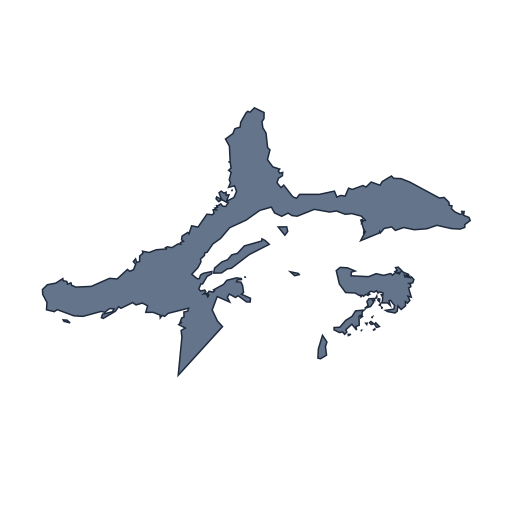 Quezon, Quezon, Philippines, rotated 110°
{"feature_id": "2640588B64856500371355", "entity_name": "Quezon", "entity_type": "district", "adm_level": 2, "iso_a3": "PHL", "parent_name": "Philippines", "parent_adm1": "Quezon", "projection": "orthographic", "projection_center": [122.074, 14.189], "detail": "fine", "context": "isolated", "style": "filled", "palette": "slate", "viewbox_px": 512, "rotation_deg": 110, "n_neighbors": 0, "source": "geoboundaries", "source_scale": "gbopen_adm2", "svg_char_len": 6170}
<svg xmlns="http://www.w3.org/2000/svg" viewBox="0 0 512 512"><g transform="rotate(110 256 256)"><path d="M138.8,103.5L133.9,137.0L133.7,146.3L135.9,153.2L134.5,156.1L142.8,162.8L147.1,163.7L147.1,173.1L153.6,176.2L153.2,179.6L160.5,188.3L160.6,192.2L169.2,192.7L170.1,197.1L173.0,200.2L168.2,204.5L176.4,217.5L183.2,236.2L187.9,237.6L187.8,241.6L179.9,254.2L183.2,255.9L180.0,261.3L175.4,261.5L171.6,258.7L168.3,259.5L170.1,262.0L168.4,264.1L166.2,263.4L166.5,270.7L161.5,278.2L151.4,279.2L150.3,282.1L137.1,288.6L133.2,293.4L127.8,296.3L124.1,295.5L118.4,297.5L117.3,308.2L123.0,310.8L122.8,313.2L124.8,314.3L135.6,316.1L140.3,315.0L143.6,319.4L148.9,319.6L156.5,324.7L161.8,318.6L176.3,312.5L177.0,314.2L176.6,312.3L182.0,309.5L184.8,311.1L185.9,308.0L193.6,307.2L195.9,305.0L200.9,305.3L197.4,300.2L201.9,296.4L208.5,296.7L214.5,302.2L215.5,300.3L219.8,301.4L220.6,304.3L219.0,306.9L222.5,309.5L221.9,310.9L223.4,308.9L225.1,311.1L226.2,309.0L227.2,312.1L230.2,310.1L232.2,311.2L233.5,316.4L248.7,320.4L249.6,326.8L258.1,326.6L257.2,328.2L262.6,332.3L266.3,331.5L266.9,329.2L269.3,331.6L270.7,330.6L271.2,333.3L276.9,337.9L277.7,342.5L279.1,343.9L279.6,342.8L280.0,342.6L284.2,351.8L289.3,357.7L290.3,364.3L292.0,363.2L295.8,365.3L300.9,363.5L302.9,365.9L299.9,368.2L303.2,369.4L304.9,366.3L310.7,366.4L313.6,369.5L312.6,372.2L325.0,378.6L327.1,386.0L340.9,400.4L346.8,414.6L346.6,419.2L344.5,420.7L346.9,423.5L344.6,425.1L345.2,428.8L343.3,429.8L350.0,434.9L354.3,442.2L360.5,445.2L365.0,443.3L371.2,436.5L378.2,434.5L377.3,426.5L374.4,424.5L374.5,406.7L371.9,397.9L361.0,382.5L360.6,378.9L355.5,375.6L354.2,371.4L357.4,371.8L363.2,380.3L366.8,380.2L366.9,378.2L355.9,369.2L350.7,367.8L351.3,365.0L342.0,356.0L343.0,352.0L339.1,346.7L339.9,340.8L346.7,340.3L344.1,333.4L344.3,326.0L346.9,324.8L343.9,323.9L344.0,321.2L339.9,318.9L328.1,301.5L331.2,301.3L333.3,304.6L337.9,302.8L339.7,304.7L344.2,304.6L343.8,304.0L344.0,303.3L346.9,305.2L347.9,297.8L351.6,300.9L357.5,297.9L394.7,288.3L333.8,263.3L330.3,270.0L321.7,278.7L307.4,278.6L308.3,264.9L304.6,268.8L300.9,268.1L302.0,261.1L299.4,259.2L302.4,249.2L301.2,245.7L297.6,246.7L296.9,256.7L294.6,255.2L288.3,258.5L285.7,261.2L286.9,265.5L284.8,265.3L283.4,261.9L282.7,261.6L282.2,262.2L283.2,266.9L288.8,275.1L293.8,276.8L302.4,284.4L302.9,283.0L304.6,283.9L305.1,288.0L308.1,288.9L308.7,287.0L310.9,287.3L308.4,290.0L309.7,292.3L307.0,290.8L305.5,292.5L307.9,296.1L306.5,298.5L301.2,298.3L300.5,296.6L291.9,295.0L288.0,291.6L285.6,292.1L290.3,299.6L292.8,301.6L296.6,301.5L297.5,303.3L295.1,310.1L286.9,306.6L280.4,305.7L277.9,307.1L273.1,304.6L270.7,305.3L269.2,303.2L259.5,300.7L251.6,295.3L238.4,290.4L225.7,277.6L211.9,268.1L204.8,258.3L209.2,253.3L209.9,245.4L204.7,240.5L205.7,236.1L204.5,230.9L192.2,217.1L189.5,201.8L186.2,195.8L186.3,186.4L183.4,180.5L182.5,170.8L185.4,164.6L184.8,166.3L188.5,168.1L185.4,168.6L186.4,169.8L194.6,163.6L193.9,162.9L195.0,163.3L197.0,162.9L197.8,162.6L198.1,162.3L195.8,162.7L195.8,161.6L205.8,162.9L192.3,148.1L190.7,148.1L191.8,147.1L186.2,144.9L182.3,138.4L184.3,133.8L178.7,126.9L177.2,116.3L172.0,104.8L165.3,96.5L163.4,81.6L160.9,73.4L157.7,69.6L155.0,70.5L149.4,66.8L146.9,69.1L146.8,74.9L143.0,75.6L143.8,78.0L145.6,76.5L147.1,78.4L146.5,84.2L144.7,88.5L141.8,89.0L142.3,91.8L139.6,93.0L136.6,99.2L138.8,103.5ZM241.6,96.0L233.8,101.7L231.9,100.0L229.6,101.2L229.4,102.8L227.6,99.5L224.1,99.6L222.5,102.7L223.6,103.3L223.3,104.8L223.9,105.3L223.9,105.7L222.7,104.4L222.3,104.6L223.5,106.1L223.4,107.3L224.1,107.4L224.7,108.9L223.2,110.0L223.8,107.7L221.9,107.8L223.2,106.2L221.1,106.3L220.8,112.1L217.8,118.6L219.2,120.9L221.2,118.4L223.0,120.0L223.5,116.6L221.7,114.8L223.8,115.2L223.7,119.3L227.3,121.2L226.4,123.4L230.5,129.4L231.5,137.1L236.9,143.1L242.1,159.9L238.5,160.9L236.2,157.7L235.8,166.0L237.9,173.0L242.3,175.6L253.8,168.1L259.7,159.3L256.9,150.2L257.7,145.5L256.6,142.7L257.0,141.1L254.5,139.7L254.7,137.4L252.4,137.9L249.8,136.0L249.6,132.6L247.4,131.0L249.0,128.6L247.3,127.3L247.3,124.0L249.1,123.4L249.5,125.1L251.7,122.7L256.9,121.4L255.1,116.3L256.6,112.8L252.7,115.7L251.6,114.6L255.2,108.8L258.7,108.3L262.8,115.7L263.2,113.3L262.0,105.8L259.5,104.4L254.4,105.5L256.6,101.3L251.7,98.4L247.8,100.0L248.6,97.6L245.2,96.2L241.8,99.5L241.6,96.0ZM240.5,247.5L238.3,252.8L237.8,256.3L240.0,255.8L250.5,270.4L259.9,274.4L263.2,279.2L269.2,281.4L273.2,286.0L281.5,290.8L286.6,289.9L283.7,282.6L278.0,278.6L275.9,274.9L256.9,262.8L240.5,247.5ZM285.8,135.3L277.6,138.5L276.1,137.6L275.4,136.0L272.0,137.2L269.8,135.9L273.5,143.7L279.9,145.1L285.8,149.7L294.3,152.9L296.5,158.2L298.7,157.4L299.4,151.2L297.7,148.8L299.3,145.9L296.4,144.6L294.5,146.3L287.3,142.6L291.2,136.1L288.1,138.1L285.8,135.3ZM325.0,155.8L317.3,159.8L312.6,159.9L307.8,166.4L322.1,165.6L330.8,162.9L330.5,160.2L325.0,155.8ZM213.9,302.5L207.7,302.3L209.0,305.0L206.3,305.9L207.9,307.7L206.9,310.9L209.2,312.4L214.8,307.7L213.9,313.2L215.9,313.1L217.7,309.6L214.7,307.4L215.6,302.3L213.9,302.5ZM222.1,234.6L218.1,237.1L221.1,245.1L226.6,236.0L222.1,234.6ZM257.3,129.2L255.5,130.4L257.5,135.2L260.9,136.2L264.2,133.7L268.1,136.0L264.3,131.1L259.1,129.6L257.9,131.2L257.3,129.2ZM382.4,407.8L380.9,411.6L382.0,415.4L383.1,414.1L382.4,407.8ZM258.7,209.0L257.9,210.3L259.1,218.4L261.3,212.9L258.7,209.0ZM279.4,122.1L278.2,125.6L279.9,126.5L281.0,124.2L279.4,122.1ZM281.8,118.2L280.1,115.9L277.8,120.6L279.7,121.2L281.8,118.2ZM256.8,124.3L254.1,125.0L254.4,126.6L255.9,126.4L256.8,124.3ZM278.1,136.4L276.4,135.3L276.2,137.0L278.1,136.4ZM299.2,142.0L297.1,140.0L298.2,142.6L299.2,142.0ZM285.9,120.7L284.4,119.1L283.7,119.5L285.9,120.7ZM254.1,136.9L253.0,136.0L252.7,137.5L254.1,136.9ZM255.5,129.1L253.3,128.3L252.3,128.8L255.5,129.1ZM282.5,128.5L281.1,128.6L281.7,129.9L282.5,128.5ZM274.7,125.8L273.2,125.7L273.8,126.2L274.7,125.8ZM259.9,123.4L260.1,122.3L258.1,122.6L259.9,123.4ZM258.4,143.4L256.8,142.9L258.4,143.5L258.4,143.4ZM262.7,119.9L261.3,119.7L261.1,120.4L262.7,119.9ZM203.1,300.4L202.4,301.0L202.8,301.1L203.1,300.4ZM290.8,131.5L289.6,131.4L289.7,131.6L290.8,131.5ZM279.6,258.9L279.4,259.1L280.0,259.8L279.6,258.9Z" fill="#64748b" stroke="#1e293b" stroke-width="1.5"/></g></svg>